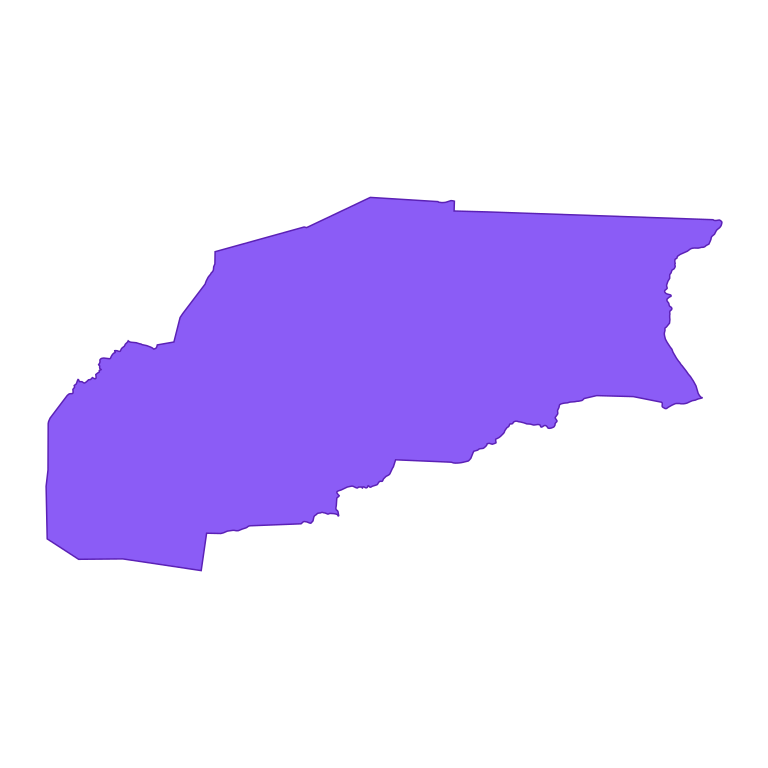 outline of La Union, Olancho, Honduras, rotated 90°
{"feature_id": "27666195B95700433875846", "entity_name": "La Union", "entity_type": "district", "adm_level": 2, "iso_a3": "HND", "parent_name": "Honduras", "parent_adm1": "Olancho", "projection": "natural_earth1", "projection_center": [-86.67, 15.11], "detail": "fine", "context": "isolated", "style": "filled", "palette": "violet", "viewbox_px": 768, "rotation_deg": 90, "n_neighbors": 0, "source": "geoboundaries", "source_scale": "gbopen_adm2", "svg_char_len": 6034}
<svg xmlns="http://www.w3.org/2000/svg" viewBox="0 0 768 768"><g transform="rotate(90 384 384)"><path d="M423.5,719.8L470.0,720.0L486.3,721.9L538.9,720.8L559.3,689.4L558.9,645.2L570.6,566.8L533.2,561.4L533.5,547.2L532.8,544.5L531.1,540.6L530.3,534.9L530.4,533.4L530.7,532.0L530.7,529.8L530.4,529.0L529.0,525.6L527.9,522.1L527.2,520.8L526.3,519.7L525.8,518.2L523.8,466.9L521.8,464.7L521.5,463.9L521.9,461.2L523.0,458.5L523.2,457.2L522.9,456.8L520.9,455.0L517.2,454.2L516.3,453.8L515.7,453.3L515.1,452.5L514.4,451.4L513.6,450.8L513.4,450.5L513.1,449.3L512.9,447.5L512.4,446.3L512.4,445.5L512.8,444.2L513.0,442.9L513.9,440.7L514.1,440.1L513.9,439.2L513.5,438.5L513.4,438.1L513.6,434.6L513.9,432.6L514.6,430.6L515.1,430.2L515.8,430.0L515.9,429.5L515.7,429.3L511.6,430.0L510.6,430.6L509.8,431.7L508.7,432.1L507.8,432.1L505.6,431.7L498.3,431.2L497.5,430.7L496.7,429.5L496.1,429.0L495.7,428.8L495.4,429.0L494.7,429.8L493.0,431.0L492.2,431.2L491.5,430.8L490.8,429.5L490.0,426.9L487.0,420.6L486.1,416.2L486.2,415.1L487.7,412.0L488.0,410.9L487.9,410.3L487.4,409.9L487.1,409.3L487.0,406.8L487.1,406.3L487.7,406.0L488.0,405.5L486.9,405.0L486.8,404.8L487.0,403.9L487.8,402.4L487.9,401.9L487.7,401.3L487.4,400.7L486.9,400.4L486.1,400.2L485.7,399.8L485.9,399.4L487.0,398.2L487.2,397.9L487.2,397.6L487.0,396.9L486.3,395.8L484.8,391.1L484.3,390.5L482.8,389.6L481.7,388.7L481.3,387.9L481.3,386.0L481.2,385.7L480.7,385.3L478.9,384.5L476.4,382.0L475.2,379.7L474.6,378.8L473.8,378.1L468.4,375.6L466.8,374.6L459.8,372.4L462.2,316.6L462.5,315.8L462.9,314.6L463.1,312.7L463.0,309.8L462.7,307.0L462.3,305.0L461.0,299.7L460.3,298.9L458.4,297.2L452.4,294.8L451.2,294.1L450.2,290.5L449.9,290.0L449.3,289.3L448.8,288.4L448.4,285.0L448.1,284.3L446.5,282.4L445.7,281.7L444.8,281.1L443.7,280.8L443.3,278.8L444.1,276.2L444.2,275.6L443.4,273.2L442.8,272.0L442.5,272.0L439.8,272.4L439.2,272.2L438.9,271.8L438.4,270.6L437.6,269.1L436.3,267.4L433.2,264.3L432.0,263.6L430.7,263.2L428.1,261.4L427.3,260.6L426.9,259.8L426.6,259.4L425.8,258.9L424.7,258.5L424.1,258.1L423.9,257.7L423.9,256.4L423.6,255.4L422.6,254.8L421.7,253.9L421.2,252.5L421.2,251.0L421.7,249.5L422.0,247.4L422.9,243.9L423.9,241.2L424.1,237.6L425.0,234.6L425.0,233.7L424.5,230.3L424.6,228.9L425.0,228.0L425.8,227.6L426.7,227.3L427.1,226.7L426.8,225.6L425.7,224.0L425.5,223.3L425.5,222.7L425.7,222.1L426.2,221.3L427.9,220.1L428.1,219.9L428.3,219.1L428.3,218.3L428.0,216.6L427.2,214.6L426.6,213.8L425.1,213.0L424.0,212.9L423.5,212.8L422.5,212.1L421.8,211.3L421.4,211.1L421.0,211.0L420.6,211.1L418.2,212.7L417.6,212.8L417.2,212.6L414.6,210.7L413.9,210.3L413.0,210.2L411.7,210.4L410.3,210.4L407.7,209.1L405.0,208.5L404.6,208.2L404.0,207.2L403.5,205.5L403.1,203.5L402.8,200.3L402.1,198.2L401.7,193.1L401.3,191.1L401.2,189.3L400.5,186.1L399.9,185.2L398.5,183.8L395.6,171.3L396.6,134.7L402.2,106.6L403.0,105.8L403.8,105.7L406.0,105.9L406.7,105.7L407.3,105.1L408.6,102.8L408.5,101.4L407.3,99.8L405.3,96.3L403.8,93.1L403.5,91.9L403.5,88.4L403.8,87.1L403.8,85.7L403.8,84.5L403.6,83.0L403.1,81.0L401.5,77.6L400.7,75.7L400.1,72.6L399.5,71.3L398.9,69.7L398.2,66.7L397.6,65.3L397.6,66.4L397.2,67.0L395.6,68.5L393.4,69.8L385.9,72.0L381.1,74.6L376.5,77.6L374.2,79.6L371.3,81.6L365.6,86.0L364.7,86.9L362.5,88.3L361.1,89.5L358.1,91.6L352.2,95.0L349.2,96.1L346.9,97.9L342.3,100.9L339.1,102.6L336.0,103.4L333.9,103.7L332.8,103.6L330.3,103.0L328.4,103.1L327.9,102.8L327.0,101.6L323.2,98.5L319.7,98.1L317.3,98.3L315.1,98.3L314.2,98.1L312.1,98.3L311.2,98.1L309.6,96.4L308.7,96.1L308.0,96.3L307.4,96.6L306.6,97.8L306.0,98.5L304.5,99.0L303.3,99.2L301.3,100.7L300.4,101.1L299.4,101.0L298.7,100.6L297.0,98.5L296.4,97.1L295.9,96.9L295.4,97.0L295.0,97.3L294.7,98.2L294.1,100.5L293.4,102.1L292.3,103.1L291.8,103.3L291.2,103.4L290.4,103.1L288.9,101.3L288.5,100.9L287.6,100.9L286.3,101.3L285.1,101.4L281.3,100.1L278.3,98.3L275.3,98.3L274.5,98.2L273.0,97.0L270.4,96.1L269.9,95.7L269.1,94.3L268.5,93.7L266.7,92.8L265.0,93.0L264.4,93.2L264.0,93.1L263.5,92.8L261.6,93.2L260.1,93.1L259.4,92.9L258.9,92.5L258.5,91.5L258.0,91.0L257.0,90.8L256.2,90.4L254.4,87.8L251.2,80.6L249.1,77.8L248.6,76.8L248.2,75.4L248.0,73.5L248.1,69.9L247.8,68.3L247.3,66.4L247.3,65.2L247.2,64.4L246.7,63.2L245.5,61.8L244.1,59.1L240.5,57.5L239.1,57.0L237.8,56.8L236.8,56.4L236.2,55.9L234.2,53.5L231.4,52.1L230.1,51.3L228.8,49.8L227.7,48.4L226.6,47.5L225.6,46.9L224.1,46.4L222.7,46.1L221.9,46.2L220.7,47.3L220.3,48.0L220.0,48.7L220.5,51.9L220.5,53.1L220.3,54.1L219.7,55.0L211.9,280.8L211.0,313.9L201.2,313.6L200.8,315.1L200.6,317.0L202.3,322.3L202.5,324.0L202.6,326.1L202.2,329.4L201.6,330.0L197.4,397.7L227.6,461.4L227.0,463.9L251.7,552.9L263.9,553.1L266.7,554.3L269.8,554.6L270.5,554.8L271.7,555.5L273.0,556.8L274.2,557.4L276.2,559.1L277.3,559.9L280.8,561.7L282.9,562.5L284.0,562.8L313.5,585.2L317.5,587.9L342.0,594.1L344.9,610.7L347.1,611.3L348.1,612.0L348.5,612.6L349.1,614.2L348.7,614.8L348.1,615.4L347.1,617.3L345.6,621.3L344.8,625.1L344.6,626.0L344.0,627.0L343.8,628.3L342.7,631.8L342.2,637.3L341.6,638.8L340.8,639.8L342.1,640.5L344.1,642.6L346.3,643.7L347.6,645.5L348.6,646.5L350.9,647.6L351.3,647.9L351.4,648.3L351.3,649.2L350.7,651.0L350.6,652.8L350.7,653.3L351.1,653.3L352.0,652.8L352.4,652.8L352.7,653.1L352.9,653.8L353.2,654.3L354.4,655.5L356.5,656.8L358.0,657.4L358.5,657.8L358.7,658.6L358.1,663.7L358.1,664.9L358.4,666.4L359.0,667.4L359.5,667.8L360.0,668.1L361.8,668.0L363.0,668.3L363.7,668.8L364.2,669.0L364.6,669.4L364.9,669.3L365.3,668.8L366.0,668.3L367.3,668.4L368.4,668.2L369.5,666.9L370.0,667.3L370.0,668.1L370.2,668.5L370.8,668.8L371.5,668.6L372.0,668.7L373.0,670.3L374.5,672.2L377.2,671.9L377.9,672.0L378.4,672.2L378.7,672.7L378.7,673.5L377.6,675.6L379.5,677.4L379.8,679.5L381.1,680.8L382.2,682.1L382.8,683.0L383.0,683.7L382.8,684.4L381.7,686.0L381.6,688.6L379.6,689.5L379.5,690.0L380.5,690.5L383.9,691.7L385.5,693.8L386.7,693.5L387.4,693.5L389.3,695.1L392.0,694.9L392.8,695.0L393.2,695.2L393.6,695.7L393.7,697.8L393.9,698.7L394.2,699.3L395.5,700.8L418.1,717.9L421.5,719.4L423.5,719.8Z" fill="#8b5cf6" stroke="#5b21b6" stroke-width="1.5"/></g></svg>